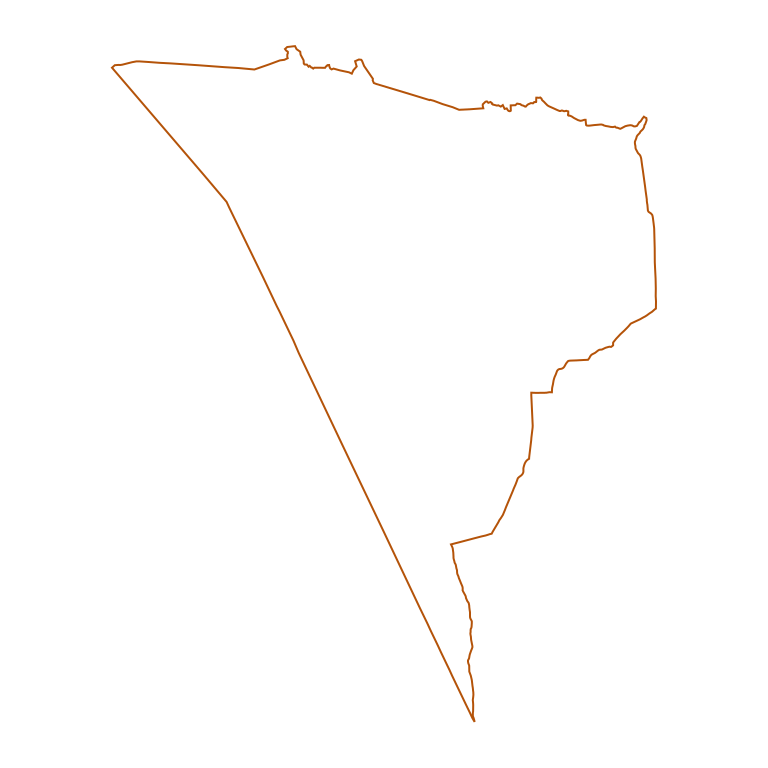 outline of Moyale, Eastern, Kenya
{"feature_id": "3690345B29556459221230", "entity_name": "Moyale", "entity_type": "district", "adm_level": 2, "iso_a3": "KEN", "parent_name": "Kenya", "parent_adm1": "Eastern", "projection": "orthographic", "projection_center": [39.031, 2.902], "detail": "fine", "context": "isolated", "style": "outline", "palette": "amber", "viewbox_px": 768, "rotation_deg": 0, "n_neighbors": 0, "source": "geoboundaries", "source_scale": "gbopen_adm2", "svg_char_len": 6051}
<svg xmlns="http://www.w3.org/2000/svg" viewBox="0 0 768 768"><path d="M470.4,633.6L470.4,633.0L470.6,632.2L470.6,630.1L470.7,629.6L470.7,629.1L470.9,628.7L471.4,627.7L471.6,626.4L471.8,623.2L471.8,621.7L471.8,621.2L471.6,620.9L471.2,620.0L470.6,619.0L470.1,617.7L470.0,616.2L470.0,612.4L469.9,611.6L469.6,609.7L469.3,607.2L469.2,605.5L468.9,603.9L468.7,603.1L468.3,602.4L467.4,601.2L467.1,600.6L466.8,599.9L466.0,598.1L465.8,596.8L465.6,596.1L465.4,595.6L463.3,591.8L462.6,590.3L462.7,588.8L462.6,587.4L462.5,587.0L462.3,586.3L461.0,583.3L459.9,580.5L458.8,577.9L458.5,576.6L457.3,573.9L457.1,572.5L457.0,570.2L456.4,568.3L455.8,565.0L455.5,564.2L454.8,563.0L454.6,562.6L454.4,561.4L453.7,559.0L453.5,557.9L453.5,556.7L453.3,552.7L452.7,548.3L452.2,546.9L451.0,544.4L460.3,542.0L470.5,539.3L473.9,538.4L481.2,536.5L485.6,535.5L488.5,534.6L489.6,534.2L491.7,533.7L492.7,531.7L498.3,522.3L499.4,520.1L500.8,518.2L502.9,514.9L504.9,510.1L506.0,507.2L513.1,490.3L513.6,488.9L515.5,484.6L516.8,481.2L517.7,478.6L517.9,478.2L519.0,477.1L521.4,475.3L522.2,474.4L522.7,473.7L523.1,472.8L523.3,472.2L523.4,471.7L523.4,468.3L523.7,466.9L524.2,465.1L524.8,463.4L525.5,462.1L526.5,460.7L527.9,459.5L529.1,458.8L529.1,458.0L529.3,456.1L531.2,440.3L531.4,437.7L532.6,427.6L532.7,425.6L531.3,395.4L531.3,392.7L536.5,392.9L540.8,392.8L544.2,392.8L546.5,392.7L548.8,392.3L549.6,392.2L551.9,392.3L552.1,388.3L552.3,387.1L552.9,384.5L553.5,380.9L553.7,380.0L554.1,378.5L554.7,376.8L555.4,375.3L555.9,374.1L557.0,371.1L557.6,370.2L558.5,369.4L559.6,369.0L560.9,368.9L561.9,368.6L562.2,368.5L562.9,368.1L563.5,367.6L563.9,367.2L564.4,366.5L566.1,363.5L566.8,362.6L567.9,361.3L568.2,361.0L568.6,360.9L569.5,360.7L570.6,360.6L576.3,360.4L583.6,360.0L588.0,359.8L589.3,358.1L590.2,356.4L590.9,355.4L591.3,355.0L591.9,354.5L592.6,354.1L595.0,352.9L596.2,352.0L597.8,350.7L599.1,349.9L599.8,349.7L601.5,349.6L602.0,349.5L605.5,347.8L607.5,347.2L609.0,346.8L609.6,346.7L610.6,346.9L611.2,346.9L611.6,346.5L612.4,346.0L613.1,345.3L613.1,344.9L613.1,342.7L613.3,342.3L614.9,340.3L616.2,338.7L620.5,334.1L624.1,330.8L627.0,327.9L628.5,326.3L630.6,323.8L631.0,323.5L640.2,319.2L641.4,318.5L643.7,317.2L644.9,316.6L646.8,315.4L649.5,313.4L652.0,311.8L654.4,309.7L655.5,308.8L655.9,308.6L656.0,301.4L655.7,296.1L655.8,288.6L655.6,278.8L655.1,268.7L654.8,262.4L654.7,248.2L654.2,229.1L654.1,227.6L653.6,223.4L652.9,217.9L652.6,216.2L652.2,214.9L651.9,214.5L650.9,213.4L648.8,212.0L648.5,211.7L648.1,211.0L647.9,210.6L647.7,208.3L647.4,204.8L647.1,203.2L646.8,200.8L646.8,199.4L645.6,190.8L645.1,186.7L642.9,170.7L642.6,168.7L642.3,166.8L641.2,158.6L640.8,157.1L640.2,155.5L639.5,154.6L638.2,153.3L637.9,152.9L635.7,148.8L635.5,147.8L635.4,145.9L635.1,144.6L634.9,143.1L634.9,141.9L635.1,141.2L636.2,138.5L636.8,136.4L637.5,135.3L639.8,132.9L640.4,131.6L641.6,130.5L642.9,129.2L643.7,127.9L644.1,127.0L644.4,125.4L644.6,124.9L645.2,124.2L645.4,123.6L646.0,122.0L646.5,120.5L646.6,120.1L646.5,119.1L646.3,118.0L645.0,117.5L643.9,116.7L642.6,118.3L640.8,121.1L639.9,122.0L639.5,122.0L636.9,125.9L635.2,126.4L634.0,126.4L631.9,125.4L630.2,125.2L627.6,125.6L625.3,126.2L621.2,128.4L620.2,128.8L619.7,128.6L617.4,127.7L616.5,127.7L615.7,127.3L615.0,126.6L613.0,127.1L610.7,126.9L608.3,126.4L605.8,126.0L604.1,125.5L603.3,125.2L603.1,124.9L601.4,124.5L599.3,124.6L598.6,124.7L594.0,125.1L589.9,125.6L588.4,125.7L586.7,125.5L586.1,125.0L585.8,122.2L585.6,119.8L584.4,119.8L581.9,120.6L580.3,120.8L578.0,120.1L574.0,118.0L571.6,116.4L569.4,115.5L569.0,115.7L568.5,115.6L568.0,115.1L568.0,114.2L568.3,113.2L568.2,111.4L567.6,111.3L567.2,111.1L566.2,110.8L564.7,111.2L563.6,111.1L563.0,110.8L561.9,110.5L561.4,110.6L560.5,111.0L559.6,111.0L557.4,110.1L553.7,108.4L549.0,106.3L547.5,105.4L545.4,103.3L544.0,101.8L542.2,100.2L541.7,99.3L541.5,98.6L540.3,97.5L539.8,97.6L539.1,97.8L538.5,97.8L537.8,97.7L536.3,97.7L536.2,99.3L536.2,101.5L536.1,102.0L535.6,102.1L534.6,102.0L534.0,102.2L533.6,102.6L533.5,103.0L533.1,103.3L532.6,103.3L532.2,103.2L530.8,103.1L529.4,103.8L528.3,104.2L526.7,105.5L525.8,106.6L525.1,106.6L523.5,105.7L521.4,105.1L520.5,104.2L517.1,103.6L515.4,105.2L510.7,105.4L510.8,110.7L510.2,111.1L509.5,111.2L508.6,110.9L507.9,110.3L506.7,108.4L504.6,108.9L502.8,105.1L500.8,106.6L498.3,105.3L497.0,105.6L494.3,104.9L492.9,104.6L492.0,103.9L492.2,103.4L490.5,102.0L488.3,102.8L486.9,101.4L485.5,101.7L482.8,104.3L482.7,105.7L483.3,108.3L469.4,109.3L459.1,109.8L452.7,107.2L442.6,104.1L433.8,100.8L430.1,99.8L429.6,100.1L412.3,94.8L376.4,84.0L373.8,83.0L372.7,80.3L372.9,78.8L364.1,66.0L362.1,61.0L361.3,59.8L358.9,59.5L355.1,61.2L356.7,66.5L353.4,70.2L351.8,73.7L349.0,72.3L340.0,70.4L333.5,68.6L331.6,69.4L330.2,68.4L329.3,66.3L329.1,65.0L327.6,65.1L326.9,65.6L326.7,66.1L326.3,66.2L325.6,67.0L325.1,67.8L314.3,67.7L313.2,68.6L312.0,67.6L311.4,67.6L309.7,65.9L308.6,66.7L306.9,64.6L304.6,64.5L303.8,63.6L303.6,60.3L300.6,54.7L300.2,51.7L296.6,49.2L295.0,46.1L287.2,47.0L285.0,49.0L286.2,50.6L287.8,51.7L287.9,53.2L287.3,54.5L287.3,56.9L287.7,58.2L284.4,59.8L279.9,60.4L269.1,64.4L254.4,69.5L238.2,68.0L225.0,67.2L197.8,65.2L170.7,63.4L159.3,62.8L148.6,62.0L139.4,61.4L136.4,61.4L132.1,62.2L122.2,64.7L120.1,65.0L118.7,64.9L114.8,65.2L112.0,67.7L203.2,174.2L226.6,201.9L229.0,207.1L231.6,212.5L262.9,276.9L276.7,306.0L279.6,311.7L290.7,334.9L293.4,340.5L298.7,352.9L341.2,442.5L383.5,531.2L420.0,608.3L427.4,623.5L430.9,631.1L437.9,645.6L440.9,652.1L446.7,664.2L449.5,670.0L452.0,675.5L465.9,704.5L469.8,712.5L472.3,717.9L474.6,721.9L474.5,721.3L474.1,719.7L473.6,718.0L473.1,716.8L472.8,715.3L472.9,713.9L472.8,713.3L473.1,711.3L473.2,705.2L473.1,703.1L472.8,700.0L473.2,697.1L473.4,694.8L473.3,692.2L473.1,690.8L472.8,687.8L472.5,686.0L472.3,684.3L471.8,680.0L470.8,675.7L469.3,671.6L469.2,665.8L469.1,665.3L468.3,663.3L468.0,661.6L468.0,660.8L468.0,660.4L468.9,658.7L469.1,658.2L469.5,655.8L469.8,654.4L471.2,650.4L471.8,649.0L472.3,647.6L472.4,647.2L472.4,646.1L471.1,639.7L470.9,636.8L470.8,636.2L470.5,634.7L470.4,633.6Z" fill="none" stroke="#b45309" stroke-width="2"/></svg>